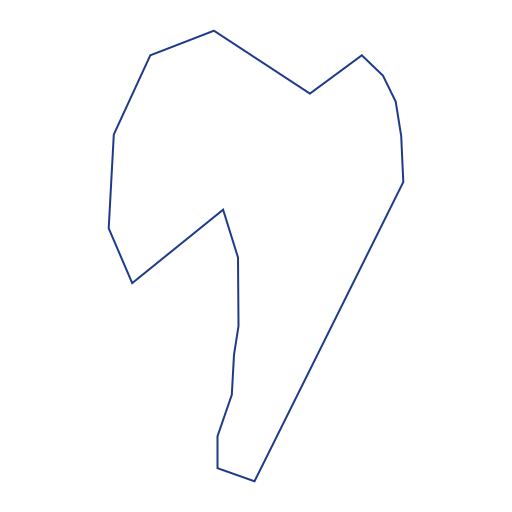 map outline of Vårdö (orthographic projection)
{"feature_id": "ALD-4820", "entity_name": "Vårdö", "entity_type": "state/province", "adm_level": 1, "iso_a3": "ALA", "parent_name": "Aland", "parent_adm1": "", "projection": "orthographic", "projection_center": [20.395, 60.233], "detail": "fine", "context": "isolated", "style": "outline", "palette": "blue", "viewbox_px": 512, "rotation_deg": 0, "n_neighbors": 0, "source": "natural_earth", "source_scale": "10m", "svg_char_len": 361}
<svg xmlns="http://www.w3.org/2000/svg" viewBox="0 0 512 512"><path d="M361.8,55.3L383.0,75.7L395.7,101.6L401.2,136.0L403.3,182.0L254.5,481.3L217.5,468.2L217.5,436.3L231.8,394.8L234.0,354.8L238.5,326.1L238.0,257.5L223.1,209.7L132.2,283.1L108.7,228.3L113.8,134.5L150.3,55.3L213.9,30.7L309.9,93.6L361.8,55.3Z" fill="none" stroke="#1e3a8a" stroke-width="2"/></svg>